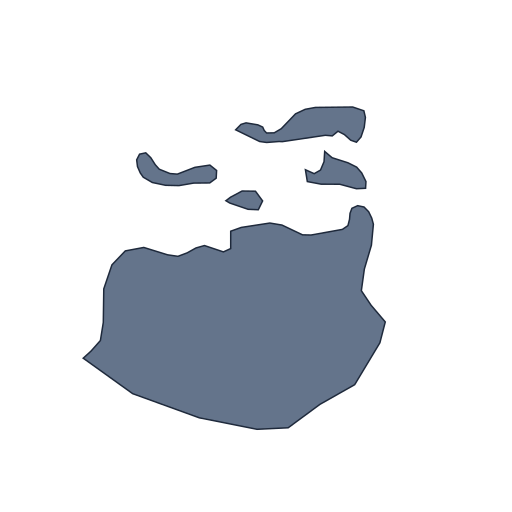 Central Andros, orthographic projection, rotated 206°
{"feature_id": "BHS-5020", "entity_name": "Central Andros", "entity_type": "District", "adm_level": 1, "iso_a3": "BHS", "parent_name": "The Bahamas", "parent_adm1": "", "projection": "orthographic", "projection_center": [-77.885, 24.401], "detail": "fine", "context": "isolated", "style": "filled", "palette": "slate", "viewbox_px": 512, "rotation_deg": 206, "n_neighbors": 0, "source": "natural_earth", "source_scale": "10m", "svg_char_len": 1586}
<svg xmlns="http://www.w3.org/2000/svg" viewBox="0 0 512 512"><g transform="rotate(206 256 256)"><path d="M366.5,88.4L362.6,98.2L358.8,111.8L364.1,129.3L378.4,159.7L381.6,184.9L375.7,203.3L360.6,214.5L336.0,218.3L326.0,221.5L319.2,228.7L313.5,236.9L306.9,242.8L287.1,245.4L282.0,251.6L289.6,267.2L281.8,275.2L258.0,291.7L246.2,295.2L223.5,295.4L215.7,299.0L190.0,317.8L186.7,323.6L188.0,329.9L190.2,335.6L190.7,340.9L186.7,345.8L180.4,347.4L174.2,345.2L168.6,340.8L164.4,336.0L157.0,316.3L152.9,291.8L146.1,271.0L131.0,262.2L110.9,253.4L106.6,232.3L110.9,183.6L133.5,150.7L151.8,115.7L179.1,100.7L236.0,85.7L306.5,78.2L366.5,88.4ZM276.1,409.4L267.7,415.6L234.4,432.3L222.7,433.8L218.4,428.5L215.1,419.0L213.8,409.0L215.6,402.3L221.6,401.6L229.8,403.9L237.0,404.1L240.1,397.4L246.6,394.9L282.5,370.3L285.5,369.0L296.2,362.7L302.9,360.5L329.6,360.5L327.2,367.7L323.3,371.3L311.8,374.7L306.5,374.8L303.6,372.4L300.4,371.2L293.6,374.7L289.1,381.5L282.8,401.1L276.1,409.4ZM349.8,308.9L337.3,317.5L328.9,315.6L325.9,308.5L329.6,301.4L344.0,294.2L356.1,285.5L368.3,279.9L381.4,276.6L391.9,277.4L396.4,279.9L401.7,284.4L405.4,290.1L405.3,296.5L400.3,300.4L393.6,298.2L386.6,293.9L381.0,291.6L369.5,292.4L362.6,295.1L349.8,308.9ZM249.4,355.2L239.8,355.5L235.7,361.5L236.2,370.6L240.1,380.1L230.7,377.7L214.2,380.1L204.5,380.0L197.4,377.0L189.8,371.1L187.2,364.9L195.2,360.5L212.2,357.2L229.0,349.1L242.5,345.4L249.4,355.2ZM283.6,294.5L302.8,292.1L307.3,292.5L304.6,297.8L297.0,308.3L284.9,314.0L274.2,308.4L274.2,298.6L283.6,294.5Z" fill="#64748b" stroke="#1e293b" stroke-width="1.5"/></g></svg>